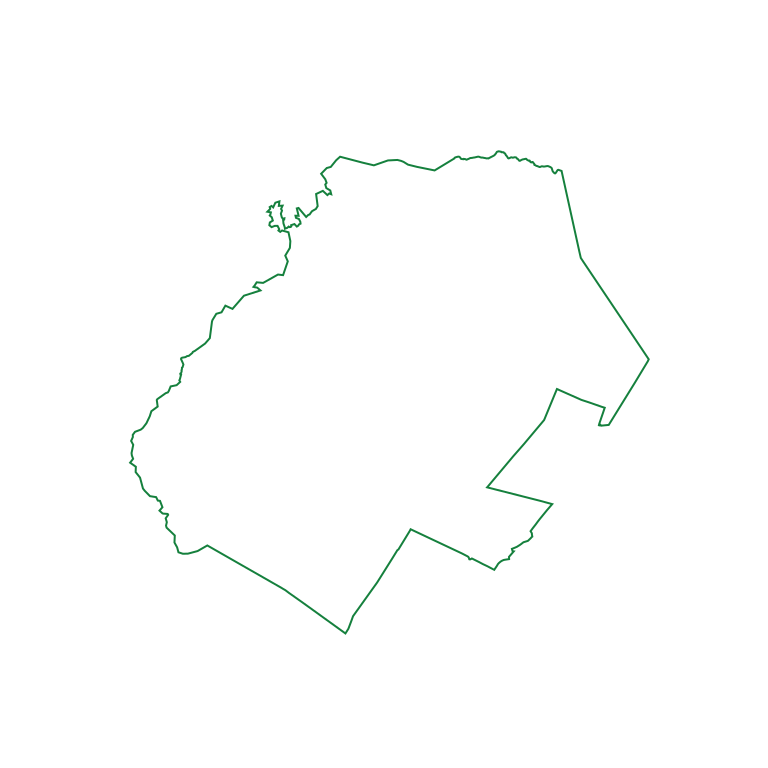 the district of Higueras, Nuevo León, Mexico, rotated 238°
{"feature_id": "50627088B36696430432628", "entity_name": "Higueras", "entity_type": "district", "adm_level": 2, "iso_a3": "MEX", "parent_name": "Mexico", "parent_adm1": "Nuevo León", "projection": "mercator", "projection_center": [-99.96, 26.036], "detail": "fine", "context": "isolated", "style": "outline", "palette": "green", "viewbox_px": 768, "rotation_deg": 238, "n_neighbors": 0, "source": "geoboundaries", "source_scale": "gbopen_adm2", "svg_char_len": 6046}
<svg xmlns="http://www.w3.org/2000/svg" viewBox="0 0 768 768"><g transform="rotate(238 384 384)"><path d="M168.0,379.0L169.9,383.3L170.9,385.2L171.3,386.6L171.6,388.8L171.6,390.4L171.5,390.9L171.4,392.0L171.2,392.6L170.8,393.6L170.3,394.8L169.2,397.3L170.4,398.0L171.1,398.3L171.2,398.5L173.3,405.3L173.8,404.7L173.9,404.4L174.6,404.6L175.8,404.9L176.4,405.1L175.9,407.8L175.5,410.4L175.5,413.7L175.6,415.5L175.9,418.4L174.7,422.9L175.5,426.8L175.9,427.9L176.0,428.9L178.0,429.7L178.9,430.2L179.4,430.3L179.8,430.3L181.5,430.3L182.9,433.8L184.5,438.2L185.9,441.7L187.0,444.7L190.7,455.6L193.0,463.0L202.3,454.4L241.7,416.7L254.2,455.2L258.9,470.8L268.6,500.7L288.1,528.0L265.9,543.0L259.8,548.1L249.1,556.7L246.9,558.6L244.1,555.2L236.3,545.6L234.6,543.8L235.3,545.7L235.1,545.8L234.4,546.0L233.9,546.0L233.6,546.0L233.1,547.1L230.2,552.9L252.2,597.5L263.5,619.8L264.7,621.6L305.5,620.3L382.0,617.8L386.6,617.7L392.7,619.8L470.6,647.5L472.2,646.2L473.2,645.4L473.4,644.9L473.3,644.3L472.4,642.4L472.0,641.5L471.9,640.8L472.1,640.5L472.4,640.3L472.7,640.2L474.8,639.8L475.5,639.9L477.7,640.5L478.3,640.6L478.8,640.5L480.1,639.9L480.4,639.6L480.9,639.3L481.6,638.8L482.1,638.3L482.4,637.7L482.8,636.8L483.3,635.5L483.8,634.6L484.0,634.3L484.3,634.1L484.7,633.6L485.1,633.0L485.3,631.5L485.5,631.1L485.6,630.9L487.5,629.5L487.8,629.3L488.0,629.0L488.3,628.8L488.6,628.6L489.0,628.4L489.3,628.3L489.5,628.2L489.9,627.8L490.1,627.8L490.3,627.7L490.4,627.8L490.9,628.0L491.1,628.1L492.5,627.8L493.0,627.8L493.4,627.7L493.5,627.7L493.7,627.4L493.8,627.2L493.8,626.5L493.9,626.3L494.1,626.1L494.8,625.8L495.7,625.8L495.9,625.9L496.2,625.9L496.4,625.8L496.5,625.6L496.5,625.2L496.8,625.0L498.1,624.2L498.4,624.1L498.6,624.1L499.3,624.0L499.6,623.9L499.8,623.7L500.5,621.8L501.0,620.5L501.2,619.2L501.2,617.8L501.3,617.5L501.5,617.2L501.8,617.0L502.3,616.9L503.0,616.9L503.5,616.8L503.9,616.7L504.5,616.4L504.7,616.2L505.7,616.2L505.9,616.2L506.3,615.9L506.5,615.7L506.7,615.4L507.0,615.0L507.2,614.6L507.6,613.3L507.7,613.1L508.4,612.5L508.6,612.3L508.7,612.1L508.9,611.7L509.0,611.2L509.0,610.4L509.1,609.9L509.2,609.5L509.3,609.2L509.6,609.0L509.8,608.9L510.5,608.9L512.0,608.9L512.6,608.8L512.9,608.8L513.3,608.6L513.5,608.6L514.5,608.8L515.1,608.8L515.3,608.8L515.4,608.6L515.6,608.5L515.9,608.4L516.4,608.3L516.9,608.3L517.1,608.2L517.3,608.0L518.0,607.0L518.0,606.8L518.1,606.7L518.4,606.4L518.5,606.4L518.9,606.4L520.3,604.9L520.5,604.5L520.7,604.3L520.7,604.0L520.8,603.7L521.0,603.1L521.0,602.9L521.0,602.7L520.9,602.4L520.2,601.1L519.9,600.2L519.8,599.6L519.6,599.3L519.5,599.1L519.5,598.8L519.5,598.5L519.5,597.7L519.6,596.3L519.7,595.6L519.8,595.0L519.7,594.6L519.8,594.3L519.8,594.0L519.9,593.3L519.9,592.8L519.9,592.4L519.9,592.2L520.2,592.0L520.4,591.6L520.6,591.2L520.8,590.8L521.0,590.5L522.2,589.3L522.6,588.8L523.5,587.9L524.0,587.3L524.2,587.0L524.3,586.7L525.1,585.9L526.0,585.3L526.7,584.6L526.9,584.3L527.2,583.6L528.1,580.9L528.5,580.1L529.1,578.5L529.7,577.3L529.9,576.9L530.1,574.9L530.3,574.0L530.4,573.0L530.9,572.5L531.1,572.4L531.3,572.3L531.5,572.2L531.9,571.8L532.5,571.1L532.4,571.0L532.4,570.7L533.5,569.3L533.7,569.0L534.0,568.8L534.1,568.7L534.5,568.6L535.3,568.6L535.8,568.6L536.3,568.4L537.0,568.1L537.5,567.4L537.8,566.5L538.1,565.6L538.4,564.3L538.4,564.1L538.4,563.8L538.4,563.7L538.0,563.2L538.3,540.1L550.6,527.1L557.3,520.6L562.0,518.3L564.2,516.7L566.9,514.1L571.5,505.8L574.8,491.3L583.0,483.2L600.0,467.2L599.1,462.0L596.3,453.9L597.5,449.9L595.6,442.1L588.7,442.7L585.0,441.9L584.3,439.9L580.7,438.9L576.6,441.0L572.9,439.8L574.6,438.5L574.2,436.1L580.2,434.5L581.1,427.1L570.0,422.0L568.5,418.9L568.6,417.7L568.7,414.6L568.1,412.9L567.2,410.8L567.5,409.3L566.9,406.5L578.6,404.8L579.1,403.1L571.9,400.7L573.6,398.1L571.6,397.4L569.0,399.3L565.9,399.0L564.2,398.2L564.4,396.4L563.7,395.2L563.7,393.5L567.1,392.8L567.9,389.4L566.9,389.0L566.6,388.1L567.2,386.9L568.0,386.6L567.7,384.7L568.2,382.3L569.5,382.9L573.4,383.8L576.2,385.2L576.3,386.5L577.3,387.3L577.8,385.7L579.7,385.7L583.1,386.8L585.1,389.4L587.0,389.5L589.0,392.5L590.8,389.2L594.3,392.1L595.3,387.9L592.5,383.6L594.6,383.0L594.6,380.8L593.3,380.5L592.8,380.2L592.6,379.4L591.9,376.4L589.5,379.0L587.9,377.4L587.4,376.4L584.9,377.2L581.5,376.3L581.5,372.8L579.4,370.9L576.6,371.8L576.0,375.1L574.5,377.5L570.8,377.2L570.1,375.8L568.0,376.6L568.2,378.9L563.3,383.4L554.8,380.3L549.3,376.3L545.2,368.3L539.0,367.4L529.8,356.1L533.0,352.1L533.8,335.1L537.7,329.9L536.1,326.6L535.5,324.8L534.6,325.6L533.0,327.5L531.2,328.1L528.8,328.8L533.1,312.0L528.0,295.3L534.5,291.0L530.9,284.2L532.4,279.0L529.1,272.4L528.1,271.2L515.2,260.6L513.1,253.7L512.3,241.1L512.5,238.9L511.9,237.9L511.3,233.4L512.0,231.8L512.0,229.9L513.3,226.7L513.3,225.7L512.8,225.1L509.0,224.6L506.8,224.2L505.0,222.1L504.9,221.3L503.7,220.5L502.9,219.5L502.3,219.4L500.8,217.8L500.8,216.8L499.9,216.4L499.4,216.8L496.2,213.4L495.6,212.4L493.8,212.3L492.9,207.5L495.0,201.8L492.2,197.9L491.4,196.3L491.9,194.0L491.3,183.9L491.1,183.3L490.8,182.8L484.8,180.1L484.2,172.3L480.8,168.3L476.6,161.7L474.5,156.1L474.2,153.5L475.4,147.5L474.8,146.0L474.0,144.0L472.1,142.9L469.7,139.4L465.3,139.1L459.2,133.3L457.0,132.3L453.5,131.6L451.8,127.0L445.3,129.7L440.9,126.7L433.9,127.5L423.1,124.2L420.2,124.5L412.9,126.1L408.8,130.8L405.0,130.4L403.6,132.1L396.9,130.8L395.6,126.5L391.6,127.6L390.9,128.3L390.2,129.3L388.5,131.6L388.3,131.7L387.9,131.7L387.4,131.6L385.8,127.7L381.9,126.6L379.4,124.1L377.4,123.5L366.4,126.3L360.6,122.3L355.1,122.0L350.2,120.5L346.6,123.5L344.0,127.9L341.1,137.4L340.7,148.6L264.7,189.4L264.4,189.5L261.4,191.1L256.9,192.8L246.7,197.1L236.3,201.4L192.9,219.1L195.3,224.1L200.8,231.3L203.5,234.7L219.3,273.0L231.4,298.0L236.0,307.3L236.0,308.5L243.4,323.3L245.8,328.1L246.7,329.6L199.0,360.3L193.6,363.5L192.7,363.9L191.5,363.8L190.9,363.8L190.5,363.5L190.3,363.5L190.1,363.5L189.6,364.1L189.6,364.3L189.5,365.1L189.4,365.5L189.3,365.8L189.4,366.1L182.7,370.2L178.9,372.4L175.0,374.9L168.0,379.0Z" fill="none" stroke="#15803d" stroke-width="2"/></g></svg>